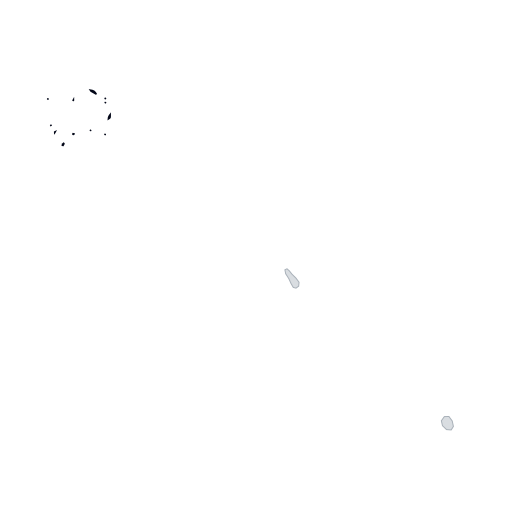 Lhaviyani highlighted on a map of Maldives, rotated 308°
{"feature_id": "MDV-5229", "entity_name": "Lhaviyani", "entity_type": "Atoll", "adm_level": 1, "iso_a3": "MDV", "parent_name": "Maldives", "parent_adm1": "", "projection": "natural_earth1", "projection_center": [73.476, 5.394], "detail": "fine", "context": "in_parent", "style": "filled", "palette": "ink", "viewbox_px": 512, "rotation_deg": 308, "n_neighbors": 0, "source": "natural_earth", "source_scale": "10m", "svg_char_len": 1268}
<svg xmlns="http://www.w3.org/2000/svg" viewBox="0 0 512 512"><g transform="rotate(308 256 256)"><path d="M261.8,306.1L258.5,308.2L255.3,307.3L254.2,304.7L255.8,300.7L258.4,295.7L260.3,290.3L262.9,287.3L265.0,288.3L264.8,291.4L263.8,295.6L263.2,301.0L261.8,306.1ZM243.2,516.5L239.1,516.9L236.5,513.0L237.1,507.4L240.3,503.5L245.4,503.3L248.3,506.8L246.8,512.2L243.2,516.5Z" fill="#d9dde1" stroke="#a8b0b8" stroke-width="1"/><path d="M284.7,23.3L285.6,25.0L286.1,26.8L285.9,28.7L285.2,30.6L284.3,24.5L284.7,23.3ZM277.7,54.0L275.6,55.6L274.6,55.8L273.1,55.3L274.2,54.6L275.4,54.2L276.6,54.0L277.7,54.0ZM225.1,34.7L225.4,35.0L226.0,34.9L226.4,35.0L226.2,35.6L224.3,35.9L224.0,35.2L224.3,35.0L224.8,35.0L225.1,34.7ZM239.5,36.0L239.8,36.6L240.1,37.1L240.2,37.4L239.9,37.5L239.3,37.2L239.2,36.9L239.5,36.5L239.5,36.0ZM230.4,21.3L229.3,21.5L229.2,21.5L229.8,21.0L230.4,21.3ZM232.8,13.3L232.8,14.1L232.4,14.4L232.4,14.5L232.8,13.3ZM259.4,62.0L258.9,62.4L258.3,62.2L259.4,62.0ZM252.2,-4.9L251.6,-4.5L251.0,-4.7L252.2,-4.9ZM284.7,42.6L284.2,43.0L283.5,42.9L284.7,42.6ZM288.0,40.3L286.7,40.5L287.4,40.1L288.0,40.3ZM266.8,15.9L266.3,16.3L265.5,16.1L266.8,15.9ZM253.7,48.3L252.5,48.5L253.1,48.2L253.3,48.2L253.7,48.3Z" fill="#0f172a" stroke="#020617" stroke-width="1.5"/></g></svg>